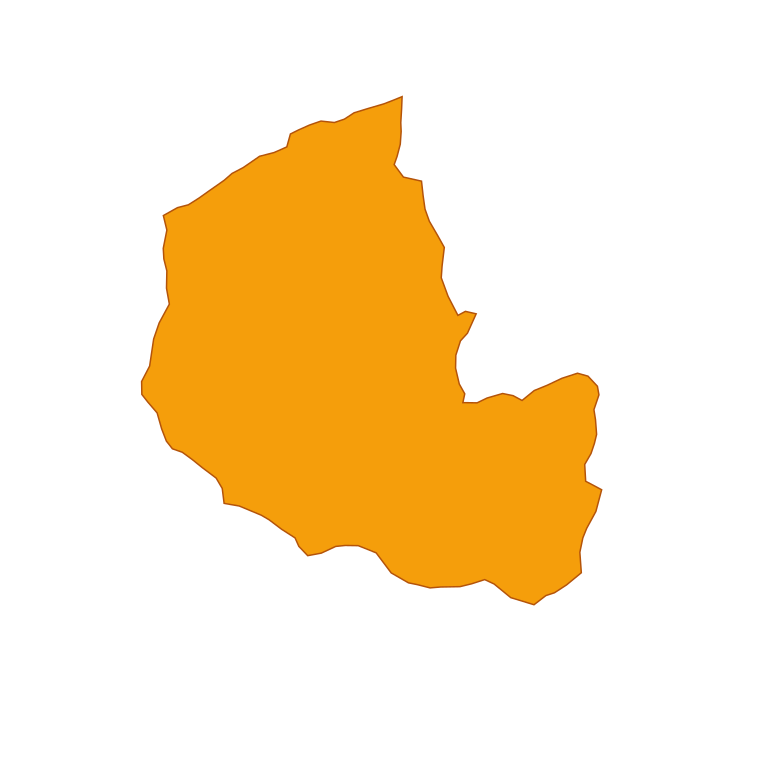 outline of Santa Mercedes, São Paulo, Brazil, rotated 139°
{"feature_id": "56859067B1227581953826", "entity_name": "Santa Mercedes", "entity_type": "district", "adm_level": 2, "iso_a3": "BRA", "parent_name": "Brazil", "parent_adm1": "São Paulo", "projection": "albers", "projection_center": [-51.744, -21.31], "detail": "fine", "context": "isolated", "style": "filled", "palette": "amber", "viewbox_px": 768, "rotation_deg": 139, "n_neighbors": 0, "source": "geoboundaries", "source_scale": "gbopen_adm2", "svg_char_len": 1635}
<svg xmlns="http://www.w3.org/2000/svg" viewBox="0 0 768 768"><g transform="rotate(139 384 384)"><path d="M562.7,365.5L559.8,356.9L556.6,341.6L552.1,326.2L554.8,317.3L554.2,304.5L542.3,297.5L527.0,293.1L519.2,287.6L509.5,278.9L500.7,261.7L502.5,236.7L496.0,217.9L490.4,210.6L483.0,199.9L474.4,193.6L459.6,181.2L448.9,175.7L436.3,170.3L432.1,160.8L428.5,139.6L415.6,119.0L400.6,118.1L392.3,114.6L378.0,112.6L358.9,112.1L346.6,128.5L334.9,137.4L325.7,142.1L307.7,148.8L289.1,161.4L295.6,178.3L285.3,191.6L273.4,195.7L264.2,201.1L256.6,206.5L247.8,218.3L242.4,226.9L228.9,234.8L224.4,242.3L224.9,256.1L230.9,265.2L246.0,271.6L261.7,276.0L274.9,280.5L290.6,281.0L294.2,290.5L300.7,299.0L315.4,305.8L326.1,308.7L336.7,318.2L329.5,323.6L327.2,334.6L319.6,349.0L310.9,358.6L298.0,366.4L287.7,367.6L268.4,376.5L274.9,385.4L283.2,387.3L278.1,408.2L271.1,426.6L262.8,434.9L248.9,447.5L246.1,460.9L243.0,477.1L238.3,489.1L230.9,500.5L222.6,512.5L233.6,527.4L232.4,542.9L224.8,547.2L214.4,554.3L205.4,563.3L199.9,570.2L190.2,580.1L181.8,589.0L192.0,592.5L200.5,595.6L215.1,602.3L228.6,608.3L240.2,609.9L249.9,613.9L259.1,623.8L270.3,628.3L281.4,631.7L290.6,634.1L301.8,626.7L315.1,630.8L328.5,637.5L348.3,639.7L360.5,642.6L371.0,642.6L389.2,644.5L401.6,645.7L414.1,647.6L424.2,652.6L440.0,655.9L446.9,642.6L461.6,631.2L468.1,622.8L473.7,611.8L485.3,599.0L493.6,585.1L513.6,577.6L528.3,569.1L549.1,551.3L565.3,544.9L573.6,535.0L574.1,525.3L574.2,511.0L581.2,496.1L585.7,483.7L586.2,473.9L581.0,464.8L578.3,452.9L576.0,440.0L572.4,423.1L574.6,411.3L583.0,398.8L573.3,386.9L562.7,365.5Z" fill="#f59e0b" stroke="#b45309" stroke-width="1.5"/></g></svg>